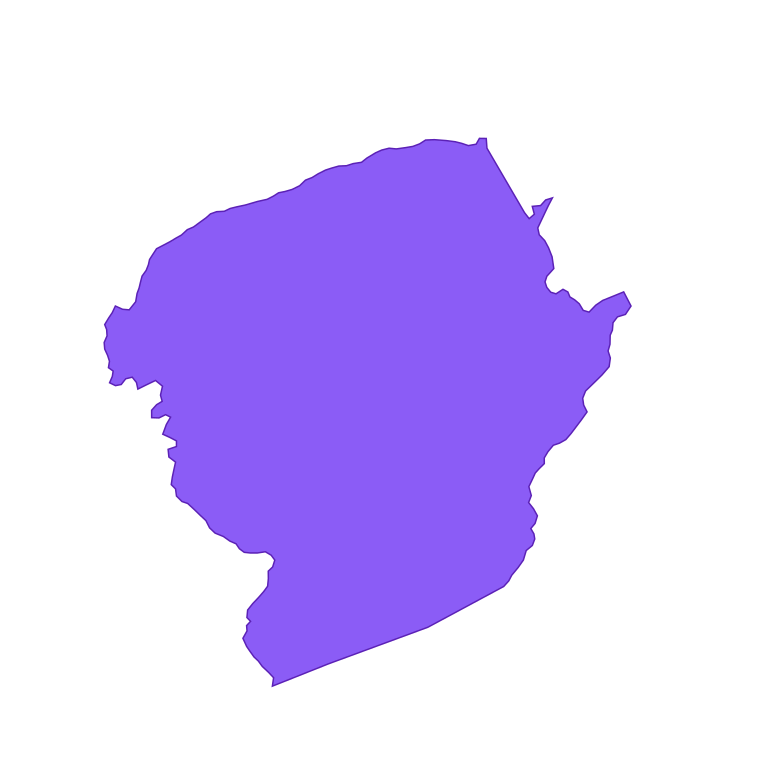 Serra, Espírito Santo, Brazil, rotated 239°
{"feature_id": "56859067B13062321708335", "entity_name": "Serra", "entity_type": "district", "adm_level": 2, "iso_a3": "BRA", "parent_name": "Brazil", "parent_adm1": "Espírito Santo", "projection": "robinson", "projection_center": [-40.286, -20.137], "detail": "fine", "context": "isolated", "style": "filled", "palette": "violet", "viewbox_px": 768, "rotation_deg": 239, "n_neighbors": 0, "source": "geoboundaries", "source_scale": "gbopen_adm2", "svg_char_len": 2835}
<svg xmlns="http://www.w3.org/2000/svg" viewBox="0 0 768 768"><g transform="rotate(239 384 384)"><path d="M339.5,636.9L341.1,626.5L343.0,614.5L342.5,606.1L340.0,596.8L344.5,592.7L352.2,592.7L357.9,590.8L362.9,588.2L368.2,589.0L373.0,586.2L372.7,577.9L376.8,574.2L383.0,573.3L388.6,574.6L392.5,579.1L395.5,589.0L406.5,593.6L416.0,595.2L424.1,595.6L431.9,593.9L438.6,596.2L443.4,603.4L448.2,610.6L452.3,616.8L456.8,624.2L458.5,617.4L456.3,610.1L459.9,602.6L452.1,600.3L451.0,593.6L458.5,592.7L533.1,593.7L541.8,598.1L545.4,592.3L542.1,586.5L544.9,579.1L550.2,574.6L555.0,569.8L560.6,562.7L567.5,553.0L571.7,545.3L571.5,538.2L572.8,531.1L575.6,524.0L579.2,515.6L583.5,509.8L585.7,502.6L586.5,496.0L586.5,485.9L585.6,478.9L588.8,471.1L590.4,464.3L594.1,457.5L596.1,450.1L597.5,444.0L598.1,435.9L598.0,428.7L599.2,421.7L597.4,413.8L598.1,405.4L600.0,398.3L602.2,392.1L602.0,385.9L602.5,378.9L605.6,369.6L608.9,357.1L611.7,349.0L613.7,342.5L614.3,336.1L617.9,329.3L619.2,322.9L618.1,317.0L617.4,309.0L616.7,301.5L617.6,294.9L616.0,287.1L616.2,281.2L616.2,273.8L616.7,265.1L617.1,258.7L614.5,253.3L611.5,247.2L607.6,243.5L603.9,238.7L601.1,232.2L596.7,227.7L592.4,223.5L588.8,219.0L582.4,213.5L578.8,203.8L582.7,198.4L589.2,193.9L585.1,187.8L582.4,182.0L578.8,175.2L573.5,174.3L567.9,171.4L563.7,165.5L557.8,162.6L550.8,161.8L544.9,160.4L539.9,156.2L534.6,158.5L530.4,155.0L526.4,149.4L520.9,153.0L518.9,158.5L521.5,165.3L519.5,171.7L512.8,172.6L506.4,170.4L505.7,179.3L504.7,190.0L496.2,193.0L489.6,186.7L483.4,184.9L483.4,178.5L481.2,171.3L474.8,167.5L470.8,173.7L470.2,181.0L465.5,184.0L461.4,176.6L454.9,168.5L448.5,172.9L442.1,176.8L437.3,173.9L439.2,165.3L432.2,162.0L424.4,165.1L418.7,159.7L413.2,154.6L407.3,149.8L401.5,151.3L394.8,148.4L387.3,150.3L382.7,154.2L374.9,156.5L365.9,158.9L358.6,161.0L350.5,160.4L343.2,162.4L336.0,167.8L328.7,171.0L323.2,174.9L317.3,175.2L311.7,177.5L308.0,182.4L304.4,188.4L301.3,195.9L295.4,199.1L289.3,199.7L284.5,194.3L283.2,188.4L276.7,184.6L270.6,180.1L268.0,173.9L265.5,166.1L263.4,158.5L260.5,150.7L254.4,146.2L249.3,147.4L247.7,141.8L242.9,139.4L238.7,132.1L229.8,131.1L224.5,131.4L216.9,132.0L211.3,133.6L204.6,134.2L196.4,136.5L189.1,138.1L182.5,132.7L172.9,191.3L171.8,197.2L152.9,296.4L148.8,382.4L151.0,389.6L154.3,395.0L157.6,404.4L161.3,412.8L168.0,420.1L169.2,428.0L173.5,433.4L178.3,435.3L184.5,435.4L186.7,441.7L192.0,447.6L200.1,447.9L207.9,446.9L212.5,452.8L221.4,455.3L226.7,463.3L229.8,467.8L231.5,473.4L233.2,480.4L238.1,483.3L241.5,489.6L244.3,497.6L242.9,504.0L242.7,511.2L245.2,518.8L248.3,526.5L251.6,534.7L255.5,543.7L263.1,544.3L269.5,547.0L274.2,553.2L277.4,566.9L279.5,575.6L282.9,585.9L289.7,591.4L296.9,593.1L301.7,598.2L309.3,603.0L312.5,607.5L318.6,611.9L321.3,618.7L319.3,626.8L323.6,635.9L339.5,636.9Z" fill="#8b5cf6" stroke="#5b21b6" stroke-width="1.5"/></g></svg>